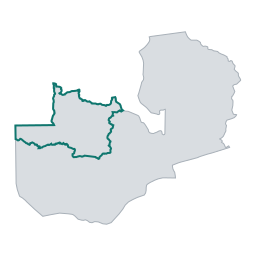 North-Western highlighted on a map of Zambia
{"feature_id": "ZMB-521", "entity_name": "North-Western", "entity_type": "Province", "adm_level": 1, "iso_a3": "ZMB", "parent_name": "Zambia", "parent_adm1": "", "projection": "albers", "projection_center": [25.141, -12.794], "detail": "fine", "context": "in_parent", "style": "outline", "palette": "teal", "viewbox_px": 256, "rotation_deg": 0, "n_neighbors": 0, "source": "natural_earth", "source_scale": "10m", "svg_char_len": 8959}
<svg xmlns="http://www.w3.org/2000/svg" viewBox="0 0 256 256"><path d="M175.5,178.0L162.9,177.8L158.3,178.8L154.5,180.3L149.9,182.6L147.3,184.3L146.6,185.2L146.2,187.3L146.1,190.5L145.6,192.9L144.3,195.0L137.4,197.4L132.9,199.5L128.5,201.9L125.2,205.1L122.9,209.0L119.1,213.9L111.2,222.6L106.7,224.2L102.9,223.8L98.3,221.9L94.7,221.6L92.0,222.7L89.5,222.3L87.2,220.5L85.3,219.8L83.7,220.3L81.8,220.2L78.1,219.2L75.0,216.1L73.3,214.8L72.0,214.3L68.2,213.8L59.6,213.1L50.7,214.7L42.8,216.3L34.8,209.4L27.0,202.1L25.3,200.3L22.4,197.9L20.3,196.7L19.5,196.1L17.3,189.5L16.1,183.5L15.4,125.5L51.1,125.2L53.4,124.9L53.4,124.3L51.8,121.2L51.9,120.1L52.3,118.0L53.8,113.8L53.9,112.4L53.2,107.8L53.3,105.2L53.6,100.1L53.4,98.3L54.2,96.0L54.5,94.4L54.8,93.8L54.4,92.0L53.7,85.9L53.2,83.3L55.4,83.7L56.1,84.9L56.5,86.3L57.5,86.4L60.1,87.2L61.0,88.3L61.6,90.8L61.2,92.0L60.4,93.1L61.2,94.0L62.9,94.6L63.9,94.4L66.8,92.7L69.5,92.1L70.8,91.6L76.8,90.5L77.9,89.9L78.8,89.9L79.4,90.4L78.8,92.1L78.6,93.7L79.4,96.6L79.9,98.0L81.2,99.0L82.1,99.5L83.1,100.6L85.1,100.4L89.6,101.9L91.0,102.6L92.9,103.3L94.3,103.5L99.0,104.1L103.9,104.9L106.5,105.0L108.3,104.8L109.6,104.4L110.3,103.9L110.7,103.5L112.6,98.0L113.6,97.6L114.8,97.3L115.5,97.8L116.3,101.3L119.8,104.5L121.0,107.2L121.9,109.5L122.6,110.1L124.0,110.9L126.2,111.2L128.1,111.3L137.6,115.3L138.7,116.0L139.8,118.1L140.5,120.4L141.3,122.3L142.5,122.6L143.6,122.8L144.7,124.1L145.5,125.2L148.3,129.8L148.6,131.6L150.0,132.9L151.8,133.4L153.6,133.5L154.6,133.0L157.0,132.1L158.9,131.0L160.3,130.7L161.2,130.9L161.8,131.7L162.2,134.0L163.5,134.8L164.5,134.5L164.9,133.6L164.9,133.1L165.3,109.3L164.5,109.4L163.3,110.1L160.8,110.1L159.8,110.6L159.5,111.4L159.7,112.4L159.7,113.7L159.3,114.3L158.2,114.6L156.6,114.0L153.7,113.3L151.2,112.8L149.5,111.0L147.2,108.3L145.7,106.9L142.0,104.0L141.3,103.5L140.2,102.1L139.3,99.9L138.4,97.3L137.9,95.6L138.8,93.1L141.1,84.9L141.7,82.3L143.5,79.7L143.7,77.4L143.0,74.4L143.2,72.7L143.6,63.2L143.1,60.2L141.9,56.9L139.2,52.3L139.3,51.3L143.5,48.3L144.8,47.2L147.0,44.8L148.5,42.8L149.5,41.1L149.8,39.0L149.2,36.9L150.6,36.5L185.4,31.8L185.9,33.3L186.9,35.6L188.0,37.4L189.5,38.9L190.7,39.9L191.5,40.2L196.9,40.2L198.8,41.2L200.4,42.4L200.8,44.2L201.9,45.4L203.0,46.3L203.5,46.4L204.4,46.2L205.8,46.2L207.2,46.6L207.8,47.1L207.8,48.6L208.2,49.3L210.0,49.6L211.8,49.7L213.6,50.8L215.5,51.1L217.7,51.5L218.7,52.7L221.0,53.9L223.9,55.0L227.0,56.7L227.0,57.3L227.5,58.3L228.1,59.0L228.1,60.0L228.3,61.0L229.1,61.3L229.8,61.4L230.4,60.7L231.3,60.7L232.2,61.2L232.5,62.3L233.2,63.8L234.3,64.9L235.1,65.9L234.7,67.7L234.2,69.3L235.7,71.0L237.7,72.6L238.3,73.3L238.4,75.6L238.7,76.4L240.0,78.4L240.6,79.7L240.6,80.4L236.7,84.1L234.4,84.6L233.3,85.3L232.7,86.1L234.1,89.9L234.8,91.4L234.1,93.2L232.5,96.1L231.8,96.4L231.6,98.7L232.1,99.6L232.8,100.2L233.0,101.8L232.8,105.7L231.8,110.1L233.3,114.0L233.9,114.4L236.2,114.5L236.6,114.8L236.0,115.9L234.3,117.6L231.3,118.8L227.0,120.1L226.1,121.5L225.5,123.5L225.9,124.7L226.5,125.4L226.2,127.1L225.8,129.0L225.9,130.5L225.6,131.8L225.1,132.4L224.3,134.3L223.3,136.3L222.5,137.1L221.5,138.0L219.7,138.8L219.8,139.2L221.6,140.1L222.1,140.8L222.3,141.2L221.5,142.2L222.3,142.8L223.4,143.3L224.3,144.7L225.4,147.2L225.6,147.4L226.0,147.5L226.6,147.2L227.8,146.3L228.7,145.9L229.6,147.4L211.8,153.0L207.6,154.1L201.3,156.1L199.3,156.8L197.6,157.6L181.1,162.0L178.5,162.8L172.6,165.1L172.4,165.5L172.5,166.7L172.9,168.9L173.9,171.0L174.7,172.3L175.2,175.3L175.5,178.0Z" fill="#d9dde1" stroke="#a8b0b8" stroke-width="1"/><path d="M15.6,139.1L15.4,125.5L54.1,125.1L53.8,124.4L53.5,123.8L53.1,123.2L52.0,122.2L51.6,121.6L51.5,121.0L51.6,120.2L52.0,119.3L52.7,116.5L52.9,115.9L54.4,113.7L54.5,113.4L54.6,113.0L54.4,112.1L54.3,110.9L54.1,110.4L53.6,109.9L53.2,109.3L53.1,108.4L53.3,103.2L53.7,102.2L53.8,102.0L53.7,101.5L53.6,100.0L53.1,98.8L53.1,98.3L53.2,97.9L53.5,97.1L54.0,96.3L54.1,96.1L54.1,95.3L54.1,94.8L54.3,94.5L54.9,94.1L55.1,93.8L55.1,93.6L54.2,91.7L54.1,91.2L54.2,88.4L53.8,88.3L53.7,88.0L53.8,87.3L53.8,86.2L54.0,85.5L53.9,85.2L53.5,84.6L53.4,84.3L53.3,83.3L53.9,83.3L54.8,83.5L55.6,83.8L56.1,84.2L56.0,84.9L56.2,85.7L56.2,86.4L56.3,86.6L57.1,86.5L57.4,86.5L58.5,86.7L59.6,86.8L60.0,87.0L60.6,87.3L61.0,87.7L61.3,88.1L61.2,88.4L60.9,88.7L60.9,89.0L61.0,89.2L61.5,89.7L61.6,90.0L61.6,90.5L61.5,91.3L60.7,92.6L60.5,92.8L59.7,93.1L59.4,93.3L59.6,93.6L59.9,93.8L61.1,93.8L61.5,94.1L62.1,94.7L62.5,94.9L63.0,94.9L63.4,94.8L64.2,94.5L64.8,94.5L64.9,94.3L65.1,93.9L65.4,93.6L66.2,93.3L66.9,92.5L67.7,92.2L69.1,92.2L69.9,92.0L71.3,91.3L72.1,91.0L72.8,91.1L75.6,90.8L76.7,90.6L78.6,89.7L79.2,89.6L79.4,89.8L79.5,91.3L78.7,91.8L79.1,92.3L78.9,92.7L78.6,93.1L78.6,93.5L78.7,93.9L79.3,95.0L79.0,95.5L78.9,95.7L79.0,96.3L79.5,97.9L79.8,98.4L80.0,98.5L80.6,98.5L81.0,99.0L82.1,99.5L82.5,99.8L82.5,100.1L82.3,100.6L82.4,100.9L82.7,101.0L83.1,101.0L83.5,100.7L84.0,100.6L84.1,100.2L84.3,100.1L85.2,100.1L85.8,100.5L86.4,101.1L87.2,101.5L87.5,101.6L88.6,101.6L88.8,101.6L89.4,101.3L89.6,101.4L90.8,102.4L91.2,102.6L91.5,102.8L91.7,103.4L92.1,103.5L95.6,103.5L96.1,103.7L96.8,104.1L97.5,104.1L97.9,104.3L98.2,104.3L99.0,103.9L99.7,103.8L100.4,103.7L100.9,103.9L101.8,104.7L102.5,104.9L104.1,105.1L104.8,105.2L105.5,105.7L105.8,105.8L106.2,105.8L106.5,105.5L106.7,105.1L107.0,104.9L108.4,105.0L109.2,104.8L110.0,104.4L110.7,103.7L111.0,103.0L111.1,101.4L111.3,100.6L112.1,99.6L112.1,99.1L111.9,98.2L111.9,97.9L112.2,97.6L113.0,97.6L113.7,97.4L114.5,97.3L115.2,97.1L115.5,97.6L115.7,98.5L115.8,99.4L115.7,100.1L116.2,101.8L119.8,104.1L120.6,105.6L120.7,106.4L121.6,109.1L121.9,109.6L123.0,110.4L122.1,111.0L121.7,111.2L121.4,111.5L121.1,111.4L120.6,111.3L120.5,111.2L120.6,110.9L119.8,110.4L119.6,110.5L118.9,111.0L118.5,111.1L118.1,111.5L117.5,111.9L117.2,112.3L116.9,112.4L114.5,112.1L113.7,112.2L112.6,112.1L112.9,113.2L112.9,113.8L112.7,114.2L112.6,114.6L112.9,115.4L113.1,115.7L112.9,115.8L112.1,115.9L111.8,116.1L110.5,117.7L110.2,117.9L109.7,117.9L109.4,118.1L109.0,118.6L108.8,119.5L108.6,120.0L108.9,120.5L109.1,120.8L109.7,121.5L109.8,121.6L109.7,121.9L109.2,122.7L109.2,122.9L109.3,123.1L109.8,123.4L110.2,123.7L110.7,124.0L111.0,124.2L111.5,124.2L111.7,124.3L111.9,124.7L112.1,124.8L112.3,125.1L113.0,125.1L113.3,125.2L112.8,127.5L112.7,127.8L112.4,128.2L111.1,129.0L110.8,129.3L110.7,130.0L110.8,130.3L111.0,130.7L111.1,131.3L111.0,131.8L110.5,132.4L110.1,132.6L109.7,133.4L108.8,133.8L108.6,134.1L108.3,135.2L107.8,135.7L107.5,136.6L107.4,137.8L107.6,138.5L107.9,138.8L108.9,139.5L109.2,139.9L109.4,140.4L109.6,140.7L110.4,141.2L110.5,141.3L110.5,141.7L109.9,142.7L109.7,143.1L109.6,143.6L109.6,145.0L109.3,145.2L108.8,145.4L108.7,145.6L108.8,145.7L109.5,146.2L109.7,146.3L110.6,147.6L110.9,148.2L111.0,148.6L110.9,149.0L110.4,149.8L110.5,152.2L110.4,152.5L109.9,152.9L107.6,153.0L107.3,153.1L106.6,153.6L106.3,153.7L104.7,153.5L104.4,153.7L104.3,153.8L104.0,153.8L103.5,153.5L103.1,153.5L102.8,153.7L102.4,154.0L101.6,155.3L100.4,156.2L99.6,157.1L99.4,157.5L99.3,158.5L98.6,158.8L98.4,158.9L98.2,158.8L97.8,158.3L97.0,157.9L96.5,157.8L96.0,157.6L95.6,157.0L85.0,155.7L84.4,155.7L83.7,156.2L83.2,156.2L82.4,156.6L81.6,156.6L81.3,156.4L80.7,156.2L79.2,156.1L78.6,156.4L77.8,156.5L76.8,156.9L76.1,157.1L75.0,157.0L74.1,157.2L73.7,157.2L73.3,156.9L72.6,156.0L72.5,155.6L72.6,155.0L72.5,154.2L73.8,153.5L74.2,153.0L74.3,152.1L74.4,151.6L74.8,150.9L74.9,150.4L74.9,149.6L74.8,149.3L74.4,148.9L73.6,149.0L73.4,149.0L70.9,147.8L69.5,147.5L68.4,147.1L68.0,146.5L68.0,145.7L67.8,145.0L66.8,144.0L66.7,143.9L66.3,144.1L66.2,144.3L66.1,144.7L65.9,144.7L65.9,144.1L65.5,144.0L65.4,144.0L65.5,144.4L65.3,144.5L64.9,144.4L64.7,144.4L64.5,144.0L64.1,143.8L63.5,143.1L63.2,143.4L63.0,143.5L63.2,143.8L62.4,143.8L62.2,144.0L61.9,143.7L61.6,143.9L61.4,143.9L60.5,143.6L60.4,143.5L60.4,143.2L60.3,142.9L60.1,142.7L59.9,142.6L59.8,142.8L59.7,143.0L59.9,143.4L59.9,143.5L59.4,143.5L58.6,142.9L58.4,142.9L57.9,143.2L57.6,143.4L57.1,143.4L56.9,143.7L56.6,143.9L56.3,143.9L56.0,143.7L55.8,143.7L55.7,143.9L55.5,144.3L55.4,144.4L55.1,144.1L54.5,144.7L54.0,144.8L53.8,144.8L53.2,144.5L52.4,144.8L51.8,144.6L51.4,144.6L51.1,144.5L51.0,144.3L51.0,143.9L50.8,144.0L50.3,144.5L49.7,144.7L49.1,145.0L48.7,145.0L48.4,144.7L48.1,144.6L47.8,144.7L47.1,145.1L46.4,145.3L45.4,146.0L43.4,146.5L42.9,146.8L42.1,147.5L41.9,147.6L41.3,147.5L40.9,147.6L40.4,148.0L40.1,148.2L39.4,148.2L39.5,147.9L39.4,147.6L38.6,147.9L38.7,147.5L39.4,146.4L39.2,146.3L37.8,146.1L37.5,146.0L37.3,145.9L37.1,145.6L37.0,144.7L36.6,144.5L36.2,144.5L35.6,144.7L35.3,144.8L35.1,144.8L34.9,144.6L34.8,144.1L34.4,143.6L32.7,142.6L32.2,142.4L31.3,143.0L30.3,143.1L30.2,143.3L29.9,144.5L29.5,144.8L29.3,144.7L28.8,144.4L28.1,144.2L27.8,143.7L27.6,143.5L27.3,143.5L27.1,143.3L26.3,143.2L25.8,142.9L25.5,142.4L24.2,141.6L21.4,139.2L20.7,138.9L20.4,138.8L20.2,138.8L19.8,139.4L19.4,139.7L19.2,140.0L18.5,140.3L18.2,140.4L17.6,140.3L16.5,139.4L15.9,139.2L15.6,139.1Z" fill="none" stroke="#0f766e" stroke-width="2"/></svg>